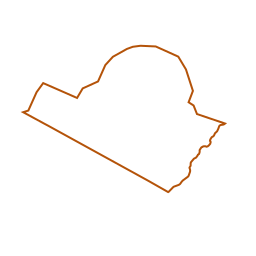 Abbeville, South Carolina, United States of America, rotated 249°
{"feature_id": "52423323B54775259864963", "entity_name": "Abbeville", "entity_type": "district", "adm_level": 2, "iso_a3": "USA", "parent_name": "United States of America", "parent_adm1": "South Carolina", "projection": "equal_earth", "projection_center": [-82.57, 34.249], "detail": "fine", "context": "isolated", "style": "outline", "palette": "amber", "viewbox_px": 256, "rotation_deg": 249, "n_neighbors": 0, "source": "geoboundaries", "source_scale": "gbopen_adm2", "svg_char_len": 1082}
<svg xmlns="http://www.w3.org/2000/svg" viewBox="0 0 256 256"><g transform="rotate(249 128 128)"><path d="M53.8,142.5L53.9,143.2L56.6,149.0L56.8,149.8L56.7,154.8L56.8,155.6L57.1,156.6L58.7,159.0L59.4,160.5L61.1,166.6L61.7,167.5L65.0,170.3L66.3,170.9L67.6,171.1L68.6,171.1L69.1,171.3L70.3,172.9L72.9,174.0L73.6,174.7L75.7,178.5L76.0,181.0L77.5,183.3L78.0,183.7L78.3,185.0L78.5,185.2L79.8,186.2L80.4,186.5L81.6,186.9L81.9,187.2L83.5,189.4L83.7,190.0L83.6,190.7L83.8,191.0L83.9,191.8L83.2,193.7L82.4,194.6L82.3,195.8L82.8,197.3L83.8,199.1L85.2,200.1L85.9,200.2L86.6,199.9L87.8,200.7L89.3,202.7L89.5,203.3L89.6,204.3L90.1,205.5L91.9,207.3L93.0,210.0L94.9,212.0L96.9,213.7L97.4,214.4L97.6,215.5L97.0,218.4L97.1,219.3L97.4,220.2L108.0,207.4L116.3,197.4L125.5,197.3L130.3,193.8L139.4,201.9L161.9,203.1L176.6,200.5L194.2,183.1L200.3,169.1L202.1,161.6L202.2,155.3L199.9,139.4L194.9,129.4L182.2,116.7L181.2,99.9L174.3,91.2L187.8,77.6L200.3,64.9L194.2,55.5L180.0,41.2L180.3,35.8L161.7,51.7L158.6,54.4L157.3,55.5L71.1,128.3L53.8,142.5Z" fill="none" stroke="#b45309" stroke-width="2"/></g></svg>